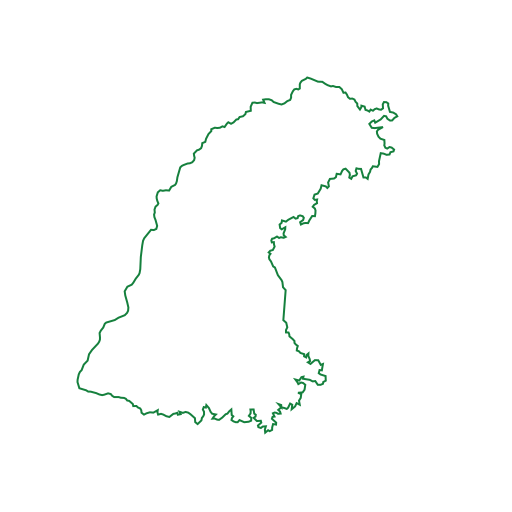 outline of Palmas, Paraná, Brazil, rotated 115°
{"feature_id": "56859067B83950244855736", "entity_name": "Palmas", "entity_type": "district", "adm_level": 2, "iso_a3": "BRA", "parent_name": "Brazil", "parent_adm1": "Paraná", "projection": "mercator", "projection_center": [-51.824, -26.422], "detail": "fine", "context": "isolated", "style": "outline", "palette": "green", "viewbox_px": 512, "rotation_deg": 115, "n_neighbors": 0, "source": "geoboundaries", "source_scale": "gbopen_adm2", "svg_char_len": 6091}
<svg xmlns="http://www.w3.org/2000/svg" viewBox="0 0 512 512"><g transform="rotate(115 256 256)"><path d="M382.4,169.1L381.8,166.2L381.6,163.5L380.0,162.8L375.3,162.7L375.5,160.3L379.8,158.9L375.8,157.0L372.2,157.0L372.3,153.5L368.9,155.9L365.7,155.5L362.1,156.6L362.2,160.1L359.9,156.1L356.7,155.5L351.9,156.9L351.2,159.6L351.6,161.7L354.2,163.5L353.0,165.0L351.3,168.1L350.6,164.2L346.6,163.6L345.3,162.0L347.4,161.6L345.5,154.9L345.7,151.7L344.3,149.4L346.6,145.6L345.4,143.0L343.5,141.3L341.8,141.8L339.5,140.1L335.4,142.2L336.1,147.4L335.7,149.6L332.5,150.2L331.8,148.0L325.6,149.7L327.3,151.3L324.2,155.5L325.5,158.6L330.8,161.0L330.4,164.0L328.4,162.6L326.7,163.8L324.4,166.4L322.2,167.3L324.3,168.3L326.7,167.7L326.6,170.0L324.6,170.9L325.1,174.7L324.2,176.9L324.4,179.1L322.4,179.8L319.9,180.1L319.3,182.7L318.5,184.4L316.8,185.2L315.8,187.6L314.7,191.7L312.9,192.8L311.6,194.2L312.6,196.5L310.5,197.5L307.4,197.5L303.7,200.4L302.6,204.1L274.4,214.7L272.9,218.3L268.4,221.1L267.1,222.6L264.1,228.1L258.4,234.0L258.2,236.0L254.6,240.1L253.3,242.5L251.8,243.7L249.7,244.2L247.9,243.8L247.4,246.0L245.2,245.3L243.5,243.3L239.6,243.1L238.0,244.5L235.9,245.7L237.0,247.4L235.4,248.7L233.5,248.7L232.4,247.2L229.5,245.2L229.9,242.7L228.5,241.4L227.8,238.6L226.2,237.2L225.5,239.6L223.8,240.6L219.6,240.8L217.6,241.6L221.0,244.0L220.5,245.9L217.5,247.9L215.1,246.8L212.8,247.5L212.2,243.4L209.6,242.1L204.8,238.5L205.4,235.9L204.1,234.3L202.0,234.6L200.6,233.2L200.2,230.5L201.2,228.8L203.5,228.5L206.7,230.3L208.5,228.6L206.3,226.8L205.1,225.0L204.2,222.7L201.2,222.7L196.0,222.0L195.0,219.4L192.3,220.2L189.6,221.3L188.1,222.7L187.4,225.4L185.0,224.9L182.4,223.0L180.6,224.1L179.0,224.5L180.3,226.4L179.5,228.4L175.6,228.9L173.3,226.4L167.7,225.8L164.2,226.5L163.4,222.1L164.2,220.1L162.1,219.4L158.9,221.7L154.9,221.6L152.8,218.0L150.8,216.9L147.4,217.6L146.3,213.9L142.4,213.9L140.5,213.4L139.0,211.7L141.0,206.5L142.8,205.2L145.5,204.6L145.8,202.3L143.0,202.2L140.6,199.4L138.7,199.2L136.8,201.6L134.1,202.0L133.7,200.0L132.7,197.6L139.4,191.8L138.4,189.7L138.9,187.4L134.6,188.5L131.5,188.2L129.2,188.7L127.1,188.1L125.3,188.0L123.9,183.6L120.7,183.3L118.1,184.6L110.1,186.4L109.3,183.7L109.1,180.4L107.6,177.9L105.1,178.0L103.1,175.6L101.2,175.8L100.4,178.9L100.8,181.0L103.2,182.5L103.2,184.5L101.5,186.5L99.8,187.0L96.6,188.7L97.1,192.8L96.1,195.4L94.0,197.9L92.0,199.1L90.0,198.7L85.5,195.4L89.9,202.4L90.9,205.3L88.4,209.1L85.2,207.9L83.1,206.1L84.8,204.3L79.5,200.7L74.9,199.2L74.4,197.1L76.1,194.9L76.6,191.7L75.6,189.9L72.3,188.9L69.7,187.0L68.4,188.9L68.0,192.2L68.8,195.5L64.0,199.7L61.9,200.6L61.5,202.8L62.4,205.1L65.0,205.2L68.5,203.3L70.6,204.5L71.2,206.5L71.3,209.0L72.8,210.5L74.9,211.4L74.9,214.0L77.2,214.3L77.0,216.5L77.3,218.5L74.7,220.7L75.2,224.0L76.7,223.4L79.3,223.7L77.3,227.5L75.0,228.7L74.2,230.9L72.6,232.9L72.6,235.2L73.8,237.3L73.2,239.7L71.3,241.8L70.0,244.0L71.1,245.7L68.6,248.7L67.6,251.9L69.0,254.8L69.4,258.1L70.6,259.7L70.9,263.3L70.7,266.1L70.1,269.5L71.8,273.5L72.1,281.4L72.6,285.0L74.4,285.7L77.9,288.5L80.1,289.0L81.8,288.9L85.7,287.1L87.2,288.1L87.4,290.0L88.8,291.7L91.1,292.2L95.1,292.3L97.7,291.1L100.1,291.0L102.4,293.1L105.6,294.7L107.9,296.9L108.5,300.0L109.0,305.1L108.2,307.6L108.5,310.5L109.7,313.2L111.3,315.6L113.6,313.0L114.2,315.4L117.0,319.7L117.4,321.9L118.6,324.0L123.0,323.9L126.6,322.1L129.7,326.0L131.9,325.6L134.8,326.8L137.0,329.6L139.6,330.0L140.6,331.5L144.4,332.8L146.7,334.5L146.5,337.6L148.3,338.3L152.4,339.0L152.7,341.2L155.0,342.9L156.4,345.2L157.1,347.5L160.0,350.1L161.7,349.3L165.5,350.6L170.9,350.8L174.0,350.2L176.4,352.4L179.0,351.5L181.5,351.3L183.9,352.7L185.1,354.1L189.5,355.6L191.5,354.3L192.9,353.1L195.3,352.6L198.0,353.4L199.9,355.1L201.1,357.1L204.3,360.2L205.7,361.3L207.7,362.1L217.9,360.5L221.5,359.4L224.1,359.1L225.8,359.4L229.1,362.0L233.4,362.4L234.5,365.4L236.3,368.0L236.9,370.6L239.8,371.9L244.0,371.3L245.7,370.4L247.7,368.8L249.6,366.7L251.3,366.8L253.7,367.9L256.8,367.6L259.4,366.1L261.5,365.9L263.7,364.5L265.9,362.2L270.5,358.3L273.6,357.8L275.7,359.6L276.6,362.2L287.1,364.8L289.9,364.8L294.4,363.6L305.5,360.0L316.9,355.3L320.7,354.3L322.6,354.3L327.3,355.4L332.0,355.9L334.5,356.5L338.2,359.6L343.5,360.1L347.0,357.8L352.6,353.0L356.6,349.9L359.6,348.8L362.0,348.8L365.1,349.9L370.0,354.5L373.7,356.9L379.6,363.6L381.3,364.4L385.4,364.2L389.2,365.1L391.9,365.2L395.9,362.9L397.8,362.1L399.9,361.9L402.2,362.2L410.4,364.9L415.6,365.8L422.0,364.4L427.2,366.2L433.2,365.8L435.5,366.6L438.2,366.6L443.5,365.4L445.7,364.5L450.5,360.2L449.5,353.2L449.8,350.8L448.8,348.5L447.8,342.9L447.7,339.4L447.1,336.6L445.9,335.0L443.0,332.0L442.5,329.3L443.5,327.2L443.8,324.9L441.9,320.9L441.6,318.7L440.4,315.6L440.4,313.6L441.4,311.7L440.9,309.7L442.2,305.1L443.9,303.8L442.5,301.0L443.2,298.9L443.1,296.5L444.3,294.8L446.4,293.5L447.1,290.5L444.8,288.7L442.5,286.1L441.3,282.8L437.3,279.9L439.3,279.3L441.1,277.7L439.2,275.4L438.9,273.0L439.1,269.6L438.5,266.5L434.0,264.2L432.9,262.6L431.4,261.1L432.9,259.8L431.2,257.5L429.5,259.5L429.1,256.0L427.1,253.9L426.6,251.2L427.1,248.5L428.8,242.8L432.2,240.9L433.0,237.9L428.1,236.0L425.6,236.6L423.6,236.1L421.6,236.1L419.1,237.3L417.6,239.3L415.0,239.5L414.6,237.4L412.1,238.0L413.7,234.4L416.4,231.3L417.5,229.1L416.6,225.4L419.0,226.3L421.8,226.7L420.8,224.9L420.7,222.0L420.1,220.2L416.7,218.3L412.2,216.6L411.0,215.3L408.0,214.6L405.5,213.5L410.4,210.8L410.9,208.8L413.1,209.3L415.0,208.9L415.4,206.5L415.2,204.1L414.4,202.4L411.7,201.6L411.6,196.4L409.3,192.6L407.3,190.8L404.7,191.9L403.9,194.9L401.0,194.4L399.0,195.2L397.5,196.2L396.1,193.3L399.6,191.0L400.0,189.1L401.7,188.6L403.7,189.7L405.2,185.4L403.3,182.0L404.8,180.8L408.8,182.6L410.1,181.5L409.8,178.9L407.7,177.8L406.2,175.1L409.6,174.6L412.2,173.0L408.8,171.4L409.0,169.6L406.8,167.9L404.5,168.9L401.1,169.5L400.3,166.6L398.5,167.3L396.8,172.8L394.8,173.0L393.7,171.4L391.4,174.2L390.0,173.0L389.5,171.2L389.7,169.3L388.4,167.1L386.8,168.5L386.1,170.8L382.4,169.1ZM382.4,169.1L380.7,173.0L380.4,170.2L382.4,169.1Z" fill="none" stroke="#15803d" stroke-width="2"/></g></svg>